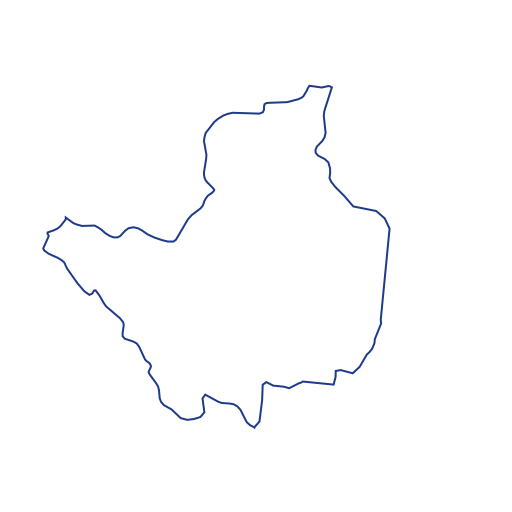 the Region of Región Metropolitana de Santiago, rotated 140°
{"feature_id": "CHL-2698", "entity_name": "Región Metropolitana de Santiago", "entity_type": "Region", "adm_level": 1, "iso_a3": "CHL", "parent_name": "Chile", "parent_adm1": "", "projection": "equal_earth", "projection_center": [-70.53, -33.621], "detail": "fine", "context": "isolated", "style": "outline", "palette": "blue", "viewbox_px": 512, "rotation_deg": 140, "n_neighbors": 0, "source": "natural_earth", "source_scale": "10m", "svg_char_len": 2382}
<svg xmlns="http://www.w3.org/2000/svg" viewBox="0 0 512 512"><g transform="rotate(140 256 256)"><path d="M367.5,125.7L367.6,126.3L369.3,130.1L369.9,134.8L366.8,148.0L366.9,152.6L368.3,156.6L371.0,159.9L376.8,165.5L378.6,168.6L384.0,182.4L388.5,181.3L396.0,169.5L402.1,168.4L408.3,171.0L414.0,174.7L417.9,180.2L419.3,192.8L422.4,200.8L422.5,205.4L421.2,208.9L416.7,215.4L414.9,218.9L414.3,222.7L413.6,233.4L413.0,236.0L411.6,236.9L408.2,238.4L407.1,239.4L406.5,241.8L406.8,243.8L407.4,245.8L407.5,248.2L403.9,261.2L403.6,265.7L405.1,269.5L409.7,277.0L409.7,280.4L407.5,282.9L401.6,288.2L400.3,290.8L400.2,295.8L403.2,313.6L402.9,317.6L401.3,326.5L401.0,332.9L402.6,333.6L405.4,332.5L408.6,333.3L410.2,339.5L410.3,350.1L408.8,367.6L408.0,371.0L407.3,372.9L407.1,375.0L407.9,378.8L409.0,381.9L413.3,390.8L414.7,396.3L414.1,398.6L402.1,404.4L401.6,405.6L401.4,407.1L400.5,408.0L394.3,405.6L390.7,404.7L387.1,404.5L378.3,406.3L377.0,407.8L374.8,398.6L372.7,394.8L369.9,390.8L360.1,383.1L358.5,379.1L357.5,375.5L356.8,370.5L355.1,365.3L352.9,361.6L350.2,359.3L347.1,358.6L339.7,359.5L335.7,359.2L331.3,356.7L328.6,353.1L326.9,348.8L325.2,342.4L322.0,335.5L317.6,328.3L314.2,323.7L310.0,320.2L306.9,319.9L284.4,327.9L278.7,328.7L268.2,328.1L264.4,328.8L262.2,330.0L260.2,331.3L257.6,332.3L254.3,333.1L249.3,332.7L247.1,332.8L245.6,333.3L245.3,335.0L245.9,342.9L246.0,343.3L245.9,346.5L245.0,349.3L243.8,351.4L241.9,353.7L231.9,362.3L228.9,365.4L222.0,377.5L219.0,380.2L215.4,382.6L201.7,385.5L196.9,385.5L190.8,384.6L186.4,383.1L181.8,380.7L161.9,362.9L158.4,361.7L155.9,362.9L154.1,365.0L151.9,366.8L149.9,366.5L148.1,365.4L133.2,353.8L122.8,348.9L119.4,348.0L117.1,347.9L110.5,350.1L109.0,351.0L105.7,352.1L97.3,342.8L91.4,339.7L90.5,338.8L89.5,336.4L110.2,323.3L112.5,321.3L114.4,319.2L123.5,305.6L127.3,302.8L131.1,301.5L139.0,300.7L142.2,299.1L144.0,296.6L143.9,292.9L141.0,286.0L140.4,281.2L143.0,275.4L145.7,272.1L149.7,268.3L150.7,264.3L150.9,258.2L149.8,245.4L149.6,231.4L135.0,213.2L133.2,202.1L136.1,191.1L201.4,127.0L203.5,123.9L218.4,115.9L221.1,113.3L222.0,112.7L226.9,110.2L231.3,109.4L234.4,109.3L247.7,104.5L257.3,104.0L264.4,114.1L268.8,116.7L272.9,112.1L279.2,107.6L300.9,129.8L302.7,130.0L304.8,130.9L315.6,133.4L318.7,138.0L326.1,145.6L329.2,152.8L333.6,153.1L343.8,141.8L359.7,127.0L367.4,125.8L367.5,125.7Z" fill="none" stroke="#1e3a8a" stroke-width="2"/></g></svg>